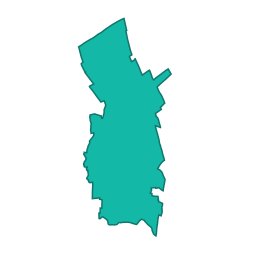 Viisoara, Vaslui, Romania, rotated 266°
{"feature_id": "2599482B20766138756023", "entity_name": "Viisoara", "entity_type": "district", "adm_level": 2, "iso_a3": "ROU", "parent_name": "Romania", "parent_adm1": "Vaslui", "projection": "natural_earth1", "projection_center": [27.881, 46.387], "detail": "fine", "context": "isolated", "style": "filled", "palette": "teal", "viewbox_px": 256, "rotation_deg": 266, "n_neighbors": 0, "source": "geoboundaries", "source_scale": "gbopen_adm2", "svg_char_len": 5580}
<svg xmlns="http://www.w3.org/2000/svg" viewBox="0 0 256 256"><g transform="rotate(266 128 128)"><path d="M225.4,133.5L237.6,131.6L236.2,127.9L234.5,124.2L232.3,119.7L229.7,115.2L228.4,112.9L226.6,110.1L225.7,108.9L224.9,107.5L223.7,104.9L222.8,103.5L221.8,102.0L220.1,99.1L219.3,97.2L216.7,91.9L215.4,89.7L213.9,87.3L212.4,84.4L211.8,84.6L202.2,86.3L201.3,86.5L197.1,87.7L196.9,87.7L196.2,86.8L195.4,85.8L194.1,86.0L193.2,86.3L191.9,86.9L191.6,87.0L189.8,87.7L187.7,88.6L187.3,89.0L186.8,89.6L186.3,89.0L183.7,90.7L174.3,96.8L173.9,96.2L172.8,93.2L172.3,92.5L172.0,92.4L170.2,93.5L167.6,95.4L166.3,96.1L165.5,96.7L162.5,98.5L155.8,102.8L156.7,105.7L156.7,106.2L152.4,107.4L150.6,106.7L148.2,105.6L147.3,105.3L146.8,105.4L146.4,105.4L145.3,105.3L144.5,105.1L140.6,103.8L139.5,103.3L139.4,103.1L139.4,102.5L139.9,102.2L140.5,102.3L140.7,102.2L141.6,102.2L142.0,102.1L142.1,101.4L143.6,97.7L143.7,97.2L144.4,95.8L144.2,95.6L144.3,95.0L144.2,94.6L144.2,94.1L144.2,93.8L144.0,93.3L143.9,92.7L143.6,91.4L143.7,91.2L143.3,91.1L143.1,91.2L142.6,91.0L142.2,90.7L141.8,90.8L141.3,90.7L139.7,90.8L139.2,90.8L137.2,91.0L136.9,91.1L135.8,91.3L134.8,91.6L134.7,91.7L133.9,91.3L133.5,91.3L133.2,91.2L131.1,91.0L128.7,90.6L127.8,90.6L126.6,90.8L125.2,90.8L125.6,93.5L123.2,93.3L121.9,92.5L121.1,91.9L120.9,91.6L118.7,89.7L118.0,88.9L117.8,88.8L116.9,88.6L116.1,88.8L115.6,88.7L113.2,87.2L112.4,86.8L111.9,86.8L110.4,86.1L109.4,85.7L108.5,85.5L106.2,85.1L106.6,83.4L106.8,82.7L106.4,82.7L105.7,82.3L105.2,82.1L104.6,82.1L104.4,82.2L104.3,82.4L104.2,82.6L103.9,82.6L103.6,82.9L103.2,83.1L102.9,83.1L102.4,83.2L102.0,83.5L101.9,83.7L101.4,83.7L100.9,83.9L100.8,84.0L100.4,84.2L100.2,84.2L99.6,83.8L98.3,83.0L97.6,82.3L97.2,82.0L96.9,82.1L96.0,81.6L95.7,81.3L95.3,81.2L95.0,81.4L94.1,81.3L93.9,81.4L93.9,81.6L93.7,81.6L92.4,81.7L92.2,81.9L91.9,84.0L91.7,84.7L91.4,84.7L90.7,83.8L90.5,83.7L89.0,83.8L88.9,83.9L88.7,84.2L88.5,85.0L87.9,85.0L87.9,84.7L87.7,84.7L87.6,84.8L87.1,85.0L84.5,85.1L83.9,85.1L83.3,84.9L82.4,84.5L81.9,84.1L81.3,83.5L80.7,83.3L80.2,83.4L79.3,84.1L79.1,84.5L79.1,84.8L78.0,84.9L77.9,85.0L77.4,85.1L76.5,85.4L76.4,85.5L76.2,86.0L76.2,86.5L76.1,86.8L76.0,87.1L76.1,87.4L76.5,88.1L76.5,88.4L76.3,88.9L76.1,89.0L72.9,88.8L68.2,88.2L60.0,87.5L60.3,94.9L59.5,94.9L58.9,94.7L58.7,95.2L58.7,95.5L58.5,96.2L58.1,97.1L57.0,97.0L49.8,96.3L50.1,94.7L45.1,94.2L45.3,93.2L45.2,93.1L43.8,93.0L39.7,92.8L39.5,93.8L39.6,94.0L39.9,94.5L40.2,94.7L40.5,95.1L40.9,95.8L41.1,96.4L41.1,96.9L40.3,97.7L39.5,98.8L38.4,100.0L37.7,100.7L37.0,101.0L35.9,101.4L34.1,101.5L33.6,101.6L33.2,101.9L32.7,102.7L32.6,103.4L32.6,104.4L32.6,105.3L32.3,108.3L32.4,109.4L32.7,110.4L33.0,110.8L33.8,111.6L34.1,112.0L34.3,112.5L34.0,114.0L34.2,115.3L34.2,119.1L34.1,120.4L33.7,123.1L33.2,124.4L32.9,125.2L32.5,125.7L32.2,127.0L31.9,127.7L31.2,129.5L31.3,130.0L34.7,133.2L35.4,134.2L35.9,134.8L35.9,135.5L35.6,136.1L35.3,136.6L35.0,137.5L34.9,137.7L34.6,137.9L34.2,138.0L33.6,138.4L33.1,138.8L32.4,139.5L30.2,141.1L28.5,143.0L27.3,144.1L26.9,144.4L25.7,144.9L24.2,144.9L23.4,145.1L23.0,145.3L21.2,145.9L20.5,146.1L19.7,146.8L18.4,148.3L19.2,148.6L22.3,149.2L22.5,149.2L26.0,149.7L29.3,150.4L30.2,150.7L35.2,151.5L39.2,152.7L38.1,154.9L40.1,155.6L41.8,156.2L42.5,156.3L43.3,156.2L44.2,156.4L44.4,156.3L44.5,156.1L45.1,155.9L45.5,156.2L45.7,156.3L46.1,156.2L47.1,156.2L47.2,156.5L48.1,156.9L48.8,157.0L50.5,157.2L50.8,156.6L50.9,156.3L51.0,155.9L51.4,155.2L51.7,155.0L51.9,154.6L52.0,154.2L52.0,153.9L52.2,153.4L52.4,153.4L53.8,153.5L54.1,152.9L55.1,153.3L55.4,153.3L57.7,153.1L58.1,149.6L58.2,149.1L58.8,147.3L59.2,147.1L59.7,147.2L60.5,147.3L60.5,147.2L61.1,147.1L61.5,145.7L62.0,145.9L62.7,146.4L63.4,146.6L63.9,147.1L64.5,147.2L66.5,146.9L66.7,151.2L66.0,151.4L65.9,151.8L66.0,152.5L66.1,153.0L66.3,153.4L66.2,153.6L66.4,154.1L66.3,154.4L66.2,154.7L65.9,155.1L64.4,156.6L63.6,157.5L63.1,158.2L62.9,158.7L65.6,159.2L70.9,160.6L73.6,161.3L74.0,161.3L74.7,161.2L75.7,160.8L77.6,160.0L78.8,159.6L79.8,159.4L82.2,158.4L82.6,158.0L83.0,157.6L83.3,157.4L84.0,156.7L84.4,156.2L84.6,155.5L85.3,154.6L86.3,155.3L86.3,155.5L86.5,155.7L86.7,155.8L86.9,155.7L89.9,158.0L91.0,159.0L92.1,160.2L93.0,161.6L93.2,162.1L95.6,161.7L99.9,160.7L103.3,160.2L105.2,159.7L106.9,159.2L108.6,159.1L108.7,158.9L109.2,158.7L109.8,158.6L110.5,158.4L113.1,158.2L113.6,158.1L114.5,158.0L115.8,157.8L118.6,157.2L119.8,157.1L121.2,156.7L123.0,156.3L123.8,156.2L126.4,155.7L128.4,155.4L128.3,155.7L126.9,158.9L126.5,159.9L126.2,160.3L126.4,160.5L131.5,159.4L132.8,159.2L134.3,158.9L135.2,158.6L135.7,158.4L136.1,158.2L137.7,157.0L138.1,156.6L138.4,156.8L140.6,156.4L144.2,162.5L146.3,161.8L146.9,162.6L147.8,163.6L150.3,166.4L151.5,166.0L152.3,165.8L153.8,165.3L155.6,164.6L156.8,164.2L157.5,163.9L158.1,163.7L160.1,162.6L160.9,162.1L161.9,161.6L166.7,159.9L166.9,159.9L167.1,160.1L169.8,163.5L170.9,164.9L173.1,167.7L173.7,168.6L178.8,174.8L184.1,172.2L183.6,171.3L183.0,170.1L182.7,169.5L182.0,168.6L180.3,165.9L180.1,165.7L175.9,159.1L174.2,157.1L174.9,156.6L175.0,156.5L175.1,156.3L177.0,155.5L178.1,155.3L179.0,155.1L182.6,154.0L183.6,153.7L184.1,153.5L184.2,153.4L183.0,151.2L179.8,145.9L181.9,145.1L186.8,143.6L192.0,141.7L196.1,140.1L196.5,140.0L196.4,139.6L195.9,139.5L194.9,138.4L194.7,138.0L194.6,137.4L194.1,136.5L194.1,135.9L194.4,135.8L194.8,135.8L195.5,135.7L197.0,135.2L197.6,134.9L198.5,134.5L199.1,134.4L199.3,134.4L199.5,134.7L200.5,136.7L200.6,136.9L200.7,137.0L204.8,135.9L207.4,135.4L216.8,133.7L224.0,132.8L224.1,132.7L224.7,132.6L225.0,132.6L225.3,133.1L225.4,133.5Z" fill="#14b8a6" stroke="#0f766e" stroke-width="1.5"/></g></svg>